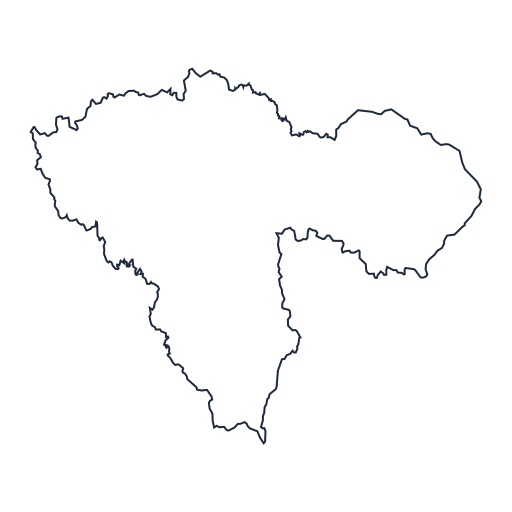 'Maoa-Mafubelu, Leribe, Lesotho
{"feature_id": "5366337B41194073686106", "entity_name": "'Maoa-Mafubelu", "entity_type": "district", "adm_level": 2, "iso_a3": "LSO", "parent_name": "Lesotho", "parent_adm1": "Leribe", "projection": "equal_earth", "projection_center": [28.202, -28.958], "detail": "fine", "context": "isolated", "style": "outline", "palette": "slate", "viewbox_px": 512, "rotation_deg": 0, "n_neighbors": 0, "source": "geoboundaries", "source_scale": "gbopen_adm2", "svg_char_len": 5964}
<svg xmlns="http://www.w3.org/2000/svg" viewBox="0 0 512 512"><path d="M481.3,201.3L479.4,197.8L480.8,189.3L477.0,181.7L464.9,169.2L462.2,162.3L459.5,150.9L449.2,144.6L446.1,144.1L440.8,145.0L435.4,141.2L432.8,138.4L430.6,133.8L427.4,133.3L421.2,134.6L417.3,128.3L410.1,125.7L407.4,119.4L405.2,119.1L391.4,109.4L384.7,110.9L381.2,114.2L378.0,113.9L372.0,111.8L358.0,110.2L347.8,119.4L346.4,121.6L340.8,124.2L338.5,128.0L336.2,129.5L336.2,136.1L334.6,139.9L330.6,137.3L327.5,137.2L327.8,134.7L326.2,133.8L323.8,136.9L321.2,137.6L319.8,137.0L317.5,133.8L312.6,133.2L310.0,131.3L308.5,131.9L307.6,131.0L306.7,132.3L305.6,131.2L303.8,132.1L303.4,134.2L302.7,134.9L299.4,133.3L300.0,135.7L299.2,136.3L296.3,134.4L291.9,135.4L290.5,132.7L291.5,131.3L290.8,129.2L291.5,127.4L289.4,122.1L286.7,120.8L285.7,117.2L284.6,119.5L283.2,118.6L283.1,120.7L282.5,121.1L281.5,120.1L281.2,118.3L279.0,118.3L279.4,116.2L277.9,115.4L278.1,114.1L276.9,112.9L277.4,110.5L276.8,105.3L275.0,104.0L274.7,102.3L272.2,100.8L271.1,101.1L270.8,99.2L269.3,100.0L268.7,98.1L264.7,93.9L260.1,95.0L259.8,93.1L258.7,94.5L255.9,93.3L255.5,92.1L252.9,92.6L253.0,90.2L251.9,89.6L250.3,85.2L248.8,84.8L248.7,83.6L246.5,85.7L243.6,85.3L243.3,86.9L242.7,85.2L241.4,84.6L239.2,85.4L238.4,87.0L235.7,88.9L235.2,88.2L235.1,89.7L233.1,90.9L229.1,89.7L228.1,83.3L226.7,79.9L224.0,77.4L220.5,76.7L219.5,74.3L218.1,74.7L216.2,73.2L212.7,73.4L212.8,72.1L210.3,70.5L200.3,76.7L196.0,73.4L192.2,68.8L189.6,69.8L188.9,71.1L189.4,73.3L188.0,76.9L183.9,80.5L185.7,90.7L183.6,94.0L184.0,99.0L182.0,100.6L177.5,99.4L176.4,96.7L176.3,92.9L173.7,92.8L172.2,95.3L170.3,94.3L170.5,88.9L167.1,92.4L161.8,89.9L157.2,94.2L150.6,96.8L146.3,96.0L144.0,93.8L139.7,95.3L138.9,95.0L138.2,92.6L135.5,91.9L134.2,90.7L128.6,91.0L125.7,93.1L123.8,95.7L119.4,94.5L114.5,97.5L113.4,96.7L113.0,94.4L109.0,93.2L107.7,94.0L107.8,96.5L106.4,98.6L104.4,97.2L103.0,97.5L100.6,102.8L96.0,103.9L92.4,99.7L91.7,100.3L90.8,102.1L90.5,106.0L87.0,108.9L85.4,116.9L82.0,119.9L75.3,121.5L75.1,122.8L77.0,125.7L77.7,128.4L76.6,130.1L69.6,126.8L68.5,117.6L62.5,118.8L62.0,116.6L61.0,116.2L57.4,117.0L56.3,118.2L56.0,124.7L57.5,129.5L56.2,132.1L53.2,132.4L48.7,135.8L47.2,135.8L44.7,133.1L40.2,134.5L36.0,129.8L34.6,127.1L33.6,127.1L30.7,131.9L32.8,133.4L32.9,138.9L35.8,142.9L35.3,145.1L35.8,148.1L37.8,150.5L37.6,152.9L39.8,154.2L40.9,157.1L37.1,160.3L37.5,163.9L35.5,167.2L37.0,169.5L40.7,168.8L42.5,173.6L45.2,177.8L49.8,179.3L50.0,180.8L48.5,184.5L50.4,189.6L50.3,192.8L54.4,197.5L54.1,199.0L55.3,200.9L54.7,204.9L55.2,206.8L58.2,211.2L58.5,214.8L60.3,217.9L62.1,218.5L63.9,218.0L66.0,216.8L66.8,215.2L67.7,218.4L69.7,220.6L72.6,220.7L76.4,219.4L78.5,223.0L81.2,224.7L82.7,224.2L83.9,225.1L86.2,230.3L87.1,230.4L91.0,228.7L91.8,227.2L95.4,226.4L96.1,221.7L96.9,222.3L97.2,224.6L97.5,235.6L99.2,238.2L99.3,239.9L100.0,240.3L101.7,237.8L102.7,237.5L105.2,242.0L103.7,246.2L104.3,249.5L104.0,253.9L106.5,260.6L107.5,261.9L108.5,262.5L109.6,261.3L111.5,262.3L112.8,265.7L115.4,268.7L117.9,269.2L118.6,268.3L117.0,265.8L117.1,264.6L119.3,265.3L120.6,260.7L124.3,263.3L123.6,260.8L124.2,259.7L125.0,261.7L126.5,261.8L127.2,264.5L126.8,266.4L129.1,266.6L130.0,265.3L128.8,265.3L128.6,264.3L132.1,259.5L132.6,259.6L133.3,266.7L136.3,268.8L135.2,270.9L135.6,274.5L136.5,275.0L137.8,274.2L137.5,272.5L140.1,268.9L141.6,271.7L140.5,274.0L142.9,273.8L142.6,276.6L145.6,279.0L147.1,283.9L149.6,283.9L151.0,282.0L152.0,283.4L154.1,283.8L158.1,286.7L159.0,289.1L157.1,292.2L157.9,293.7L157.8,296.8L157.3,298.8L154.8,302.7L154.0,307.4L152.4,309.7L149.8,307.9L150.8,313.7L149.5,316.8L151.0,323.6L152.4,325.8L154.9,327.2L155.9,329.6L160.0,329.4L161.1,331.2L165.9,333.2L166.0,336.9L167.9,336.5L168.4,337.8L165.7,340.1L164.0,344.6L166.7,345.2L165.6,346.3L166.5,347.8L168.5,346.4L169.3,348.1L169.1,352.1L169.8,353.6L167.7,354.4L167.7,355.4L170.3,358.0L173.2,363.1L175.3,365.0L177.8,364.3L179.2,364.8L183.2,368.3L182.4,371.6L183.2,372.9L184.8,373.4L186.8,376.4L187.4,379.3L196.4,387.2L197.1,389.7L201.7,390.5L207.0,389.9L211.5,396.4L212.2,399.5L210.1,400.7L208.9,402.8L209.6,408.6L212.4,413.5L212.7,420.9L214.1,427.4L216.6,425.8L219.3,427.2L224.1,426.9L226.8,430.2L228.6,430.5L234.4,427.6L237.9,423.9L240.2,423.9L244.6,422.1L246.8,423.9L247.7,426.1L249.9,428.4L257.4,431.3L260.1,437.9L263.7,443.2L265.1,441.4L265.5,430.9L264.2,428.1L262.9,428.4L261.0,427.2L262.9,420.2L262.9,416.2L264.2,412.9L264.6,407.3L266.4,403.9L267.3,399.1L268.7,397.9L269.5,394.3L275.7,389.2L276.6,386.9L277.9,370.6L282.0,359.2L284.6,358.9L286.8,355.1L290.0,354.0L292.6,350.7L294.0,352.5L295.7,352.5L297.5,348.4L297.0,346.6L298.4,344.1L299.3,337.7L300.4,337.4L296.7,330.9L295.1,330.0L292.6,330.4L288.1,325.7L287.9,319.4L290.4,316.4L289.9,311.4L289.0,309.9L282.9,308.4L282.2,307.5L282.3,303.4L284.5,299.2L282.0,293.0L281.9,289.7L280.0,285.4L279.1,279.1L281.7,276.7L278.6,272.1L279.5,268.8L278.4,266.7L278.1,264.3L281.4,254.0L279.6,252.6L278.0,245.1L278.8,237.7L276.5,233.2L282.0,233.7L284.6,229.6L290.2,227.7L291.4,229.4L294.2,230.9L295.7,239.5L297.6,240.9L300.4,240.7L303.2,239.1L306.4,239.3L307.5,237.2L307.8,231.9L308.9,228.9L309.8,228.6L312.8,230.3L315.6,230.7L317.3,232.7L316.3,235.9L322.7,239.0L324.0,239.1L327.3,235.5L329.4,235.6L333.2,240.8L342.0,240.9L343.5,243.4L343.4,245.1L341.7,248.9L342.3,252.1L342.9,252.6L345.0,251.3L349.3,250.7L350.7,252.5L353.9,252.7L358.8,250.4L359.6,251.2L359.6,258.2L365.7,264.0L366.4,271.3L368.9,273.9L373.9,273.7L374.3,276.5L375.6,278.0L377.0,277.7L377.6,275.3L380.7,271.5L383.2,273.3L384.0,274.9L386.3,274.7L386.3,269.7L387.2,266.9L393.3,270.1L396.4,270.1L397.7,272.5L401.8,272.9L404.0,274.4L404.7,274.1L404.6,269.7L405.5,268.0L413.7,269.1L415.1,269.9L420.6,277.4L423.2,277.6L426.1,276.4L427.3,274.4L425.6,269.3L426.1,264.1L429.2,259.3L434.5,254.8L437.2,250.9L442.0,247.9L443.9,244.1L444.2,240.8L447.0,235.6L454.5,234.6L462.5,226.7L464.7,225.3L464.7,223.4L471.4,216.0L475.0,209.0L479.4,204.6L481.3,201.3Z" fill="none" stroke="#1e293b" stroke-width="2"/></svg>